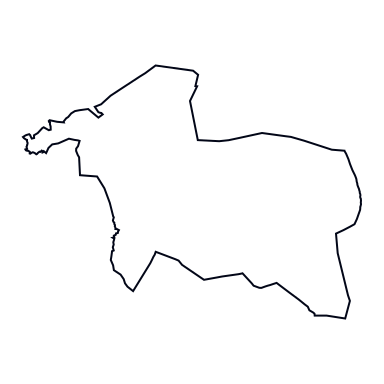 outline of Rabah, Sokoto, Nigeria
{"feature_id": "59680162B28016750993437", "entity_name": "Rabah", "entity_type": "district", "adm_level": 2, "iso_a3": "NGA", "parent_name": "Nigeria", "parent_adm1": "Sokoto", "projection": "orthographic", "projection_center": [5.659, 13.003], "detail": "fine", "context": "isolated", "style": "outline", "palette": "ink", "viewbox_px": 384, "rotation_deg": 0, "n_neighbors": 0, "source": "geoboundaries", "source_scale": "gbopen_adm2", "svg_char_len": 2760}
<svg xmlns="http://www.w3.org/2000/svg" viewBox="0 0 384 384"><path d="M349.9,300.9L348.0,295.3L337.7,253.2L336.0,233.6L343.5,230.1L350.2,226.6L354.5,224.2L356.9,219.0L360.1,209.9L360.3,207.7L360.2,207.1L360.5,206.3L361.0,204.3L360.9,203.2L360.8,202.8L361.0,200.5L360.9,200.1L360.9,199.0L360.7,198.4L360.3,197.8L360.2,196.9L360.2,196.3L360.4,195.5L360.3,194.2L359.8,193.1L359.7,191.6L359.3,190.4L359.0,189.0L358.5,187.8L358.0,186.6L357.5,185.2L357.3,184.2L357.3,183.6L356.7,181.6L356.5,180.0L356.3,178.9L355.9,177.7L355.0,175.4L352.4,170.1L350.0,164.0L348.4,159.1L346.1,153.7L344.4,150.8L344.4,150.7L331.8,149.7L304.1,140.7L290.9,136.9L285.4,136.2L262.0,133.0L239.0,138.0L228.6,140.2L219.2,141.2L197.8,140.1L190.0,101.0L197.1,86.3L195.4,86.1L198.1,74.8L193.1,70.7L155.6,65.5L145.2,73.2L139.7,76.6L119.7,89.7L110.6,95.7L101.1,104.3L94.8,106.8L98.4,112.2L100.2,112.8L101.4,113.0L102.0,113.7L102.7,114.4L98.4,117.6L88.1,109.0L79.5,110.2L74.9,111.1L71.2,113.4L68.2,117.0L66.2,118.3L63.5,121.7L63.8,122.4L57.1,121.8L49.6,120.2L48.8,121.0L49.1,122.0L50.0,122.4L49.9,124.1L50.6,126.4L50.7,129.7L48.8,130.2L43.7,127.3L42.3,128.1L37.7,133.1L34.0,135.3L34.1,138.0L31.8,138.6L30.5,136.1L30.2,135.2L29.2,134.2L26.8,134.9L25.5,135.4L23.0,137.0L23.8,138.0L24.4,138.5L26.4,139.8L27.0,139.9L27.0,140.8L27.1,141.7L27.6,142.9L27.5,144.0L27.0,145.1L27.1,145.6L26.5,146.8L27.1,148.8L25.4,149.4L25.9,150.3L26.9,150.7L28.4,150.9L29.8,151.8L29.7,153.5L30.2,153.7L32.5,152.3L33.0,152.3L34.7,153.0L36.3,154.3L37.1,153.9L37.9,152.9L39.5,151.7L40.4,151.9L41.7,150.6L42.3,151.0L42.5,152.5L43.2,152.2L43.3,151.5L43.7,151.1L44.9,152.1L46.1,153.1L46.6,152.1L48.5,147.9L52.2,144.4L58.2,143.4L68.9,138.7L74.5,139.9L78.0,140.4L79.6,140.9L78.0,146.2L76.2,148.6L76.1,150.9L77.7,154.9L79.1,157.3L80.0,175.2L97.1,176.5L104.4,188.3L106.4,193.7L109.8,202.9L113.2,216.4L113.8,217.3L113.4,218.7L112.9,220.4L113.4,221.8L114.3,222.6L114.3,224.0L115.0,225.1L114.8,226.3L115.5,227.9L115.4,229.0L117.0,229.1L118.9,230.1L118.1,231.4L117.8,233.0L116.0,233.4L115.7,234.8L113.9,235.6L114.3,237.2L112.7,237.7L114.3,238.6L113.9,240.3L113.3,242.2L113.7,244.6L112.8,247.2L113.7,250.5L112.0,251.2L111.9,252.6L111.4,256.3L110.8,260.0L113.1,265.3L113.9,270.2L120.6,274.6L123.7,279.1L125.0,283.3L127.5,286.7L133.1,291.1L150.3,263.2L151.9,260.0L153.4,256.8L154.7,254.7L155.7,251.8L175.3,259.2L178.6,260.6L182.1,264.9L204.0,279.8L217.3,277.4L222.1,276.5L238.4,274.2L241.4,273.6L242.5,273.3L251.8,283.4L253.6,285.7L259.3,287.8L261.4,287.9L263.0,287.3L265.5,286.4L268.0,285.6L269.9,285.1L273.5,283.9L276.6,282.9L278.8,284.6L290.2,293.2L298.7,299.5L304.6,304.3L307.8,306.7L309.4,310.3L310.6,311.0L313.3,312.6L314.5,313.7L314.7,315.6L326.6,315.6L345.2,318.5L349.9,300.9Z" fill="none" stroke="#020617" stroke-width="2"/></svg>